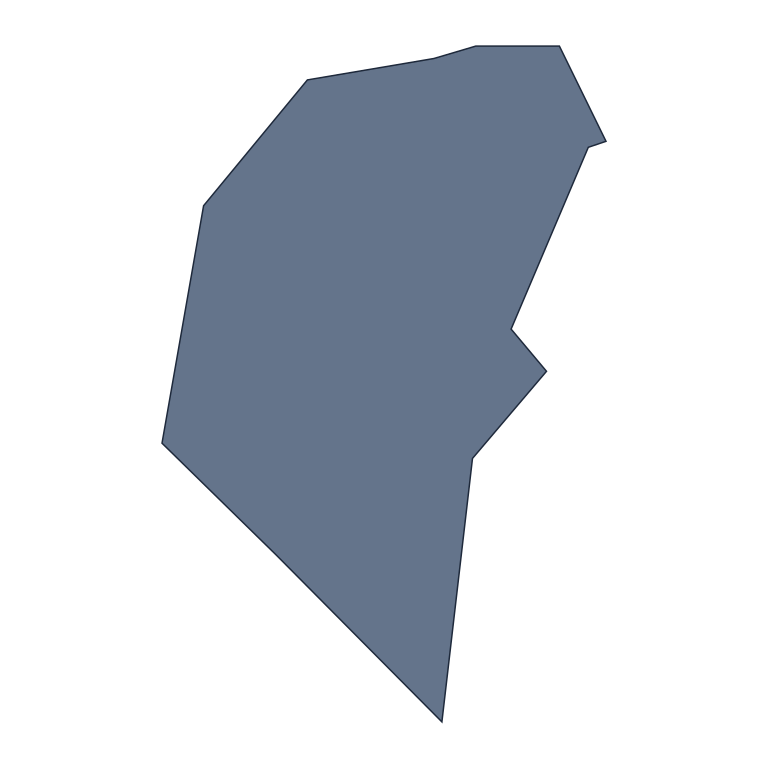 an SVG outline of Centar
{"feature_id": "MKD-2923", "entity_name": "Centar", "entity_type": "Municipality", "adm_level": 1, "iso_a3": "MKD", "parent_name": "North Macedonia", "parent_adm1": "", "projection": "albers", "projection_center": [21.428, 41.971], "detail": "fine", "context": "isolated", "style": "filled", "palette": "slate", "viewbox_px": 768, "rotation_deg": 0, "n_neighbors": 0, "source": "natural_earth", "source_scale": "10m", "svg_char_len": 295}
<svg xmlns="http://www.w3.org/2000/svg" viewBox="0 0 768 768"><path d="M559.4,46.1L606.0,141.3L588.3,147.3L511.1,329.1L546.5,371.3L472.5,458.4L441.9,721.9L276.2,555.0L162.0,443.2L203.6,205.7L307.4,79.9L433.9,58.5L475.7,46.1L559.4,46.1Z" fill="#64748b" stroke="#1e293b" stroke-width="1.5"/></svg>